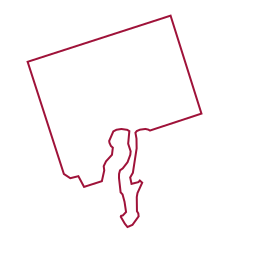 the district of Grand Traverse, Michigan, United States of America, rotated 162°
{"feature_id": "52423323B3617037234322", "entity_name": "Grand Traverse", "entity_type": "district", "adm_level": 2, "iso_a3": "USA", "parent_name": "United States of America", "parent_adm1": "Michigan", "projection": "natural_earth1", "projection_center": [-85.521, 44.752], "detail": "fine", "context": "isolated", "style": "outline", "palette": "rose", "viewbox_px": 256, "rotation_deg": 162, "n_neighbors": 0, "source": "geoboundaries", "source_scale": "gbopen_adm2", "svg_char_len": 840}
<svg xmlns="http://www.w3.org/2000/svg" viewBox="0 0 256 256"><g transform="rotate(162 128 128)"><path d="M203.0,222.0L203.2,104.1L198.4,98.1L190.1,97.5L188.0,85.6L169.3,85.5L163.7,95.0L162.9,99.2L159.2,103.1L151.5,107.5L148.5,114.0L149.8,116.2L150.2,119.6L149.9,121.5L143.0,129.3L139.5,129.9L134.6,129.1L129.3,126.5L127.7,124.6L132.7,113.0L132.7,105.0L134.1,101.8L139.0,95.6L145.5,91.2L148.7,90.2L150.7,87.1L152.0,83.3L154.9,69.1L153.7,66.5L154.1,58.9L155.8,48.7L160.0,46.4L161.7,46.6L162.3,45.8L160.6,38.0L159.1,34.0L153.7,34.5L145.2,40.7L144.6,43.6L145.2,46.1L141.0,59.6L139.1,63.2L131.4,71.6L133.0,74.4L134.8,73.3L141.9,73.8L141.2,80.3L137.2,83.9L126.1,105.9L123.2,115.3L122.4,121.2L120.6,122.4L117.1,122.7L111.7,121.7L109.2,120.2L107.9,118.8L53.7,119.0L52.8,221.7L203.0,222.0Z" fill="none" stroke="#9f1239" stroke-width="2"/></g></svg>